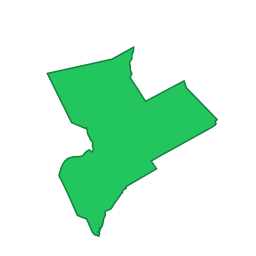 outline of Serei Saophoan, Bântéay Méanchey, Cambodia, rotated 334°
{"feature_id": "14789045B91793328513154", "entity_name": "Serei Saophoan", "entity_type": "district", "adm_level": 2, "iso_a3": "KHM", "parent_name": "Cambodia", "parent_adm1": "Bântéay Méanchey", "projection": "albers", "projection_center": [102.937, 13.614], "detail": "fine", "context": "isolated", "style": "filled", "palette": "green", "viewbox_px": 256, "rotation_deg": 334, "n_neighbors": 0, "source": "geoboundaries", "source_scale": "gbopen_adm2", "svg_char_len": 2637}
<svg xmlns="http://www.w3.org/2000/svg" viewBox="0 0 256 256"><g transform="rotate(334 128 128)"><path d="M211.8,159.5L198.1,117.5L198.6,113.5L199.0,110.2L155.4,111.7L154.0,98.9L152.1,83.9L152.7,83.0L153.1,82.5L153.9,82.0L154.5,81.7L155.0,81.0L155.4,79.7L155.4,78.8L155.4,78.1L155.7,76.8L156.2,75.2L156.8,74.1L157.3,73.1L157.4,72.0L158.0,70.2L159.2,68.9L159.8,68.6L160.9,68.2L162.1,67.0L162.7,66.0L162.8,65.4L163.7,63.9L164.4,63.1L165.8,62.1L166.9,60.8L167.3,60.1L167.6,59.6L167.9,58.7L168.5,57.8L158.8,58.3L143.7,59.1L79.4,43.6L79.6,86.6L79.7,98.4L89.5,109.7L89.9,109.8L90.3,109.5L90.8,109.6L90.7,110.3L90.5,111.4L90.1,112.6L90.1,113.2L89.7,113.6L89.6,114.1L89.4,114.8L89.2,115.4L89.3,116.2L89.4,116.9L89.1,117.4L89.2,118.0L89.4,119.1L89.1,120.4L89.1,121.4L89.2,122.8L89.6,124.0L89.9,124.8L90.0,125.4L89.5,126.0L89.2,126.7L88.8,127.7L88.5,128.1L87.9,129.1L88.1,129.8L88.0,130.7L87.9,131.2L87.6,131.6L87.2,132.0L86.9,132.6L86.5,133.1L85.9,133.7L85.0,133.7L84.5,132.2L83.3,130.5L82.1,130.6L79.6,131.1L78.0,131.6L76.5,132.8L74.5,132.9L72.1,132.5L69.1,131.2L66.5,130.0L62.6,129.2L60.0,129.1L57.0,130.0L54.0,131.6L51.0,134.0L48.5,136.6L46.6,138.6L45.1,140.6L45.0,143.2L45.3,147.7L45.2,151.0L45.2,152.0L45.2,153.8L45.2,155.6L45.2,158.5L45.1,161.1L45.0,163.7L45.0,166.3L44.8,170.1L44.6,174.3L44.5,177.8L44.3,181.6L44.2,183.6L44.2,184.3L48.3,188.9L50.9,191.4L50.3,206.4L50.7,206.9L50.8,207.5L50.9,208.7L51.4,209.3L51.8,210.0L52.2,210.3L52.9,210.7L53.3,211.4L53.9,212.1L54.2,212.4L54.7,212.2L55.1,211.6L55.8,210.8L56.4,210.1L56.3,209.6L55.8,209.1L55.5,208.2L56.1,208.1L57.5,208.2L57.6,207.7L58.2,207.1L58.7,207.1L59.0,206.8L58.7,206.2L58.4,205.4L58.9,205.3L59.7,205.7L60.5,205.7L61.0,205.1L61.3,204.6L61.9,204.7L62.8,203.8L62.6,203.3L63.2,202.9L63.9,202.4L64.2,201.9L64.7,201.5L65.1,200.7L65.4,200.2L66.1,199.5L66.5,198.7L66.9,198.3L67.7,197.9L68.6,197.3L69.1,196.6L69.4,195.9L69.8,195.6L70.3,194.4L71.0,193.4L71.4,193.0L72.2,192.8L73.1,193.0L74.6,193.2L75.8,193.3L76.6,193.2L77.6,192.9L78.3,192.7L79.3,192.0L80.3,191.4L81.1,190.8L82.3,190.1L83.5,189.5L84.5,188.9L85.8,188.2L86.7,187.7L87.7,187.3L88.2,186.8L88.6,186.5L89.3,186.3L90.0,186.0L90.3,185.7L91.0,185.3L91.5,185.1L92.1,184.7L92.6,184.4L93.2,184.0L94.2,184.0L94.6,183.8L94.7,183.1L95.0,182.8L95.6,182.4L96.1,182.0L96.8,181.5L98.0,181.3L98.7,181.6L99.1,181.6L100.0,181.2L100.5,179.8L107.3,179.3L125.1,178.0L135.8,177.2L134.3,167.9L143.9,167.2L146.5,167.0L149.5,166.9L198.7,164.4L204.7,164.0L208.2,163.4L208.6,163.1L209.1,162.7L208.9,162.1L208.7,161.7L209.0,161.3L209.3,160.9L209.6,160.3L209.8,160.0L210.7,159.9L211.8,159.5Z" fill="#22c55e" stroke="#15803d" stroke-width="1.5"/></g></svg>